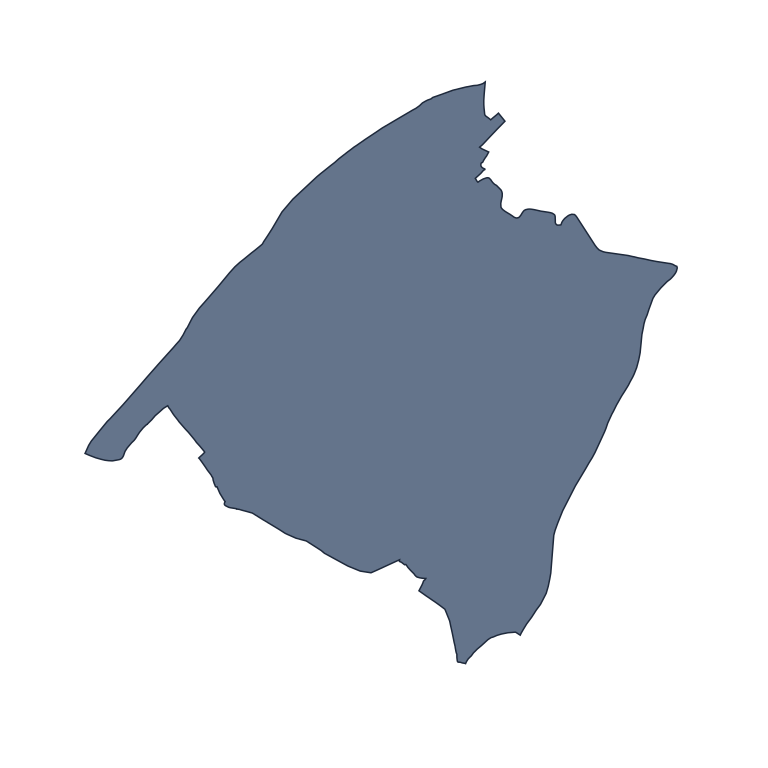 Giong Trom, Bến Tre, Vietnam, rotated 83°
{"feature_id": "81297802B83890760772965", "entity_name": "Giong Trom", "entity_type": "district", "adm_level": 2, "iso_a3": "VNM", "parent_name": "Vietnam", "parent_adm1": "Bến Tre", "projection": "mercator", "projection_center": [106.467, 10.145], "detail": "fine", "context": "isolated", "style": "filled", "palette": "slate", "viewbox_px": 768, "rotation_deg": 83, "n_neighbors": 0, "source": "geoboundaries", "source_scale": "gbopen_adm2", "svg_char_len": 6107}
<svg xmlns="http://www.w3.org/2000/svg" viewBox="0 0 768 768"><g transform="rotate(83 384 384)"><path d="M649.9,279.4L648.0,278.2L643.9,275.1L639.6,271.7L633.4,265.8L626.8,260.3L621.9,255.6L617.4,252.5L611.5,248.5L604.7,245.6L597.6,243.2L592.0,241.5L554.8,233.9L550.1,232.0L543.4,228.6L538.3,225.8L531.6,222.1L508.5,206.5L492.7,194.2L487.6,190.4L482.5,186.3L477.7,182.9L467.4,176.5L458.5,171.0L455.1,169.1L450.1,166.7L441.5,161.4L439.2,159.7L433.1,155.7L431.1,154.2L427.3,151.4L424.5,149.3L421.4,146.7L418.8,144.6L414.9,141.5L412.0,139.6L407.3,136.2L404.6,134.5L398.5,131.2L391.3,128.3L387.1,126.9L384.0,125.9L380.3,125.1L372.8,123.4L371.8,123.2L366.4,122.0L360.1,119.9L355.9,118.6L351.8,116.9L347.5,114.4L342.1,111.9L338.0,109.8L331.9,106.7L328.8,104.3L326.4,101.8L322.2,97.3L317.3,91.1L316.6,90.1L314.8,87.0L313.7,85.6L311.6,83.2L309.9,81.6L308.6,80.6L307.4,79.9L306.1,79.4L305.2,79.0L304.3,78.8L302.9,79.0L302.2,80.4L300.7,82.4L300.2,83.2L299.3,85.3L299.0,86.6L297.7,91.2L295.7,98.3L293.9,104.0L291.6,110.4L289.7,116.5L288.4,119.8L287.7,122.0L286.2,126.1L285.5,128.7L280.3,148.0L279.4,150.4L277.9,153.0L277.1,154.2L274.8,156.0L272.1,157.6L245.5,170.5L241.6,172.4L240.1,173.3L239.0,174.3L238.4,176.9L238.9,179.5L239.6,181.1L241.7,184.5L243.6,186.5L245.1,187.7L247.6,189.0L247.6,191.2L247.4,192.7L246.4,193.7L245.6,194.1L244.7,194.3L243.8,194.2L242.3,194.0L241.0,193.9L239.8,193.8L238.8,193.7L237.7,193.8L237.0,194.0L236.5,194.4L235.9,195.1L235.1,196.0L234.3,197.7L233.8,199.2L233.3,200.9L232.7,203.1L232.5,203.7L231.6,207.1L230.4,210.4L229.2,213.8L228.5,216.3L228.1,218.2L228.0,219.8L228.2,222.0L228.7,223.5L229.3,224.3L230.6,225.6L233.0,227.5L234.5,229.0L235.1,229.9L235.3,230.6L235.4,231.8L235.4,232.2L235.2,232.8L234.8,233.7L234.0,234.9L233.1,235.8L231.0,238.2L228.6,241.3L227.1,243.1L225.3,244.9L224.3,245.6L223.6,246.0L223.0,246.3L222.0,246.3L220.7,246.2L219.1,246.1L216.8,245.4L214.3,244.5L212.5,243.9L210.8,243.6L209.1,243.4L207.5,243.6L205.9,244.1L204.1,245.4L202.2,246.9L200.6,248.1L200.1,248.8L199.3,249.9L198.8,250.3L198.2,250.8L197.3,251.5L196.3,252.1L195.7,252.4L195.4,252.6L194.3,253.1L192.4,254.6L191.9,255.8L191.9,257.3L192.6,260.6L194.2,264.5L195.0,265.9L195.1,266.1L195.0,266.4L193.8,267.1L191.0,268.3L186.8,262.3L185.2,260.5L184.8,260.1L184.4,259.6L183.8,258.7L183.5,257.8L183.3,257.7L182.9,257.7L182.5,258.3L181.7,259.6L180.8,260.5L179.9,261.0L179.2,261.2L178.4,261.2L177.3,260.9L176.9,260.8L176.4,260.4L176.2,259.9L176.2,259.4L176.0,259.1L175.5,258.7L174.8,258.3L173.6,257.4L171.9,256.0L170.6,254.8L170.2,254.4L166.5,251.8L162.6,258.0L160.6,260.3L160.4,260.1L159.4,258.4L158.5,257.1L156.7,254.9L152.5,249.9L145.1,240.9L137.9,231.9L129.1,237.4L130.6,239.5L133.0,243.3L134.8,245.9L134.7,246.0L134.0,246.6L132.6,248.0L131.3,249.4L130.6,250.2L129.4,251.0L128.6,251.2L124.8,251.1L122.7,251.1L119.0,250.9L114.7,250.4L109.3,249.4L96.5,246.7L97.8,249.0L98.4,251.4L98.9,255.0L98.7,258.5L99.1,264.3L99.2,266.5L100.8,279.8L104.5,295.9L105.5,300.6L106.8,302.8L107.5,306.1L108.3,308.3L109.7,311.6L112.1,314.8L114.3,318.8L115.6,322.2L129.5,354.2L136.0,367.0L138.9,372.8L142.5,379.6L143.9,382.2L145.2,384.9L147.3,388.4L149.1,391.6L151.8,396.1L154.9,401.3L158.1,405.9L160.7,410.3L164.3,416.1L167.6,421.5L170.0,425.2L189.4,451.9L200.8,464.3L216.1,476.0L223.0,481.7L228.1,486.1L230.2,487.6L231.2,489.0L235.4,495.6L237.7,499.5L242.6,507.2L245.7,512.3L249.5,517.7L254.8,523.8L267.0,536.7L278.6,549.5L286.1,558.0L294.6,565.9L298.5,568.6L304.0,572.3L305.5,573.8L310.8,577.4L315.9,581.6L319.3,585.5L322.4,588.9L327.6,594.9L336.9,605.6L348.3,618.4L355.4,626.2L372.7,645.5L385.3,660.4L387.4,663.2L395.9,672.1L405.0,681.5L408.9,684.6L416.5,689.2L418.9,685.1L422.1,679.1L424.2,674.1L425.7,670.1L426.5,666.9L427.1,663.6L427.2,662.6L426.8,656.0L426.5,654.6L426.0,653.6L425.2,652.6L423.6,651.4L419.4,649.3L416.2,646.7L411.6,641.7L409.5,638.9L407.9,637.3L404.2,634.3L402.0,632.4L398.3,628.5L396.9,626.7L395.3,624.5L395.2,624.1L395.2,623.8L394.8,623.6L394.5,623.2L391.2,618.9L387.6,615.0L384.5,610.4L381.4,606.0L380.6,604.4L379.2,601.3L381.4,600.5L382.3,599.8L384.2,598.8L387.8,597.1L389.8,596.0L394.9,592.9L396.3,592.2L404.6,586.6L408.0,584.1L412.5,581.2L415.5,579.3L417.0,578.4L419.1,577.3L423.3,574.3L429.4,570.4L429.8,570.3L430.4,570.9L432.0,572.9L433.9,575.6L434.9,576.9L435.5,576.4L436.5,575.8L439.4,574.2L444.3,571.6L448.1,569.7L449.3,569.0L450.8,568.1L453.2,566.7L455.1,566.0L455.7,565.6L456.0,565.5L456.6,565.3L458.6,565.3L462.3,564.6L463.9,564.1L464.6,564.0L465.4,563.6L465.7,563.2L465.6,562.9L465.6,562.3L467.6,561.7L472.6,560.2L474.6,559.3L479.0,557.3L480.8,556.4L481.3,556.0L482.2,556.6L483.1,557.0L483.9,557.1L484.6,556.9L485.5,556.1L486.1,555.2L486.8,554.2L487.6,552.9L487.7,552.6L488.2,551.2L488.5,550.1L489.0,548.4L489.8,545.6L490.2,545.6L490.2,545.3L490.5,544.1L491.0,542.4L491.2,542.1L492.2,539.8L493.1,537.5L494.5,534.1L495.4,532.0L496.0,530.5L503.9,520.7L515.5,505.9L520.1,500.4L521.5,498.2L526.4,490.0L530.3,480.3L541.4,466.9L544.8,463.7L560.3,442.0L566.8,430.4L569.8,419.9L568.0,414.0L560.3,389.9L562.0,390.3L562.4,389.6L563.1,388.4L564.2,387.3L565.4,386.1L565.9,385.6L565.9,385.2L565.8,384.3L566.5,383.9L567.4,383.4L569.0,382.6L572.0,380.5L574.1,378.9L576.0,377.4L577.5,376.6L578.6,375.8L579.6,374.8L580.7,372.2L581.4,369.9L581.7,368.6L582.1,366.2L582.8,366.7L583.4,367.4L584.3,368.7L584.7,369.0L585.7,369.4L588.1,370.8L591.0,372.8L593.5,374.5L599.1,368.4L601.7,365.4L604.3,362.5L606.1,360.4L609.6,356.6L610.8,355.3L614.1,351.9L615.0,351.0L615.7,350.8L618.2,350.1L627.2,347.7L627.9,347.7L628.3,347.6L632.2,347.3L639.4,346.6L645.8,346.1L648.7,345.9L653.1,345.4L654.6,345.4L658.0,345.2L659.8,345.0L660.4,344.8L660.8,344.7L661.2,344.6L662.6,344.8L664.7,345.0L666.4,345.0L667.9,345.0L668.8,344.7L669.2,344.0L669.2,343.5L669.3,343.1L669.6,341.9L670.4,340.3L670.7,339.2L671.1,338.0L671.3,337.4L671.5,337.1L670.6,336.6L669.5,335.9L667.1,333.9L665.2,331.5L664.5,330.5L661.7,327.9L660.2,325.9L658.5,323.8L655.6,319.3L650.4,312.0L648.8,308.7L648.4,306.3L647.3,302.6L646.5,297.9L646.0,291.4L646.2,287.1L646.3,283.8L646.8,283.1L649.9,279.4Z" fill="#64748b" stroke="#1e293b" stroke-width="1.5"/></g></svg>